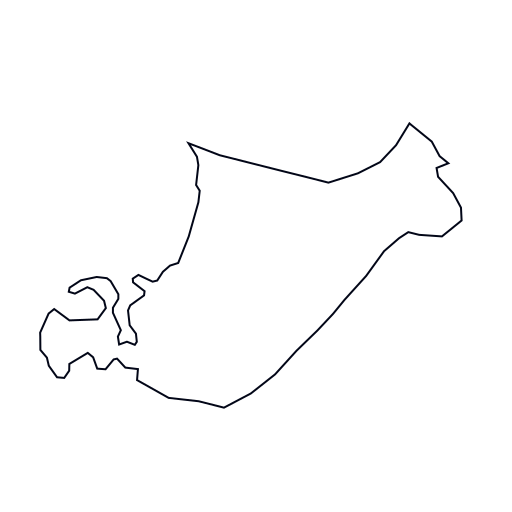 the district of Munchon City, Kangwŏn-do, North Korea, rotated 194°
{"feature_id": "82179303B61369301137013", "entity_name": "Munchon City", "entity_type": "district", "adm_level": 2, "iso_a3": "PRK", "parent_name": "North Korea", "parent_adm1": "Kangwŏn-do", "projection": "equal_earth", "projection_center": [127.347, 39.259], "detail": "fine", "context": "isolated", "style": "outline", "palette": "ink", "viewbox_px": 512, "rotation_deg": 194, "n_neighbors": 0, "source": "geoboundaries", "source_scale": "gbopen_adm2", "svg_char_len": 1342}
<svg xmlns="http://www.w3.org/2000/svg" viewBox="0 0 512 512"><g transform="rotate(194 256 256)"><path d="M91.8,392.5L102.0,397.3L113.1,409.5L137.0,420.7L139.2,421.8L146.9,397.4L158.3,377.1L177.1,360.9L203.5,344.7L225.9,344.8L252.1,344.8L285.7,344.9L315.6,345.0L348.8,349.1L337.3,338.0L333.9,330.2L331.3,310.4L326.4,305.7L324.9,294.2L326.0,258.6L329.8,230.4L337.1,225.9L342.5,218.2L345.9,208.3L350.1,206.1L357.3,207.5L365.5,209.2L370.1,204.2L368.9,200.7L355.6,194.9L355.1,190.7L366.1,177.7L367.0,172.2L361.8,158.2L353.7,151.6L350.9,143.9L352.1,140.5L360.5,141.6L367.4,137.0L370.5,144.4L369.2,151.3L381.1,166.3L382.3,171.2L379.2,181.1L380.3,185.6L391.0,196.5L395.3,198.4L405.5,197.1L420.0,190.1L429.2,180.2L429.0,176.0L422.6,175.7L412.1,184.9L405.4,183.9L392.6,175.8L389.1,169.1L394.4,156.2L421.4,148.4L439.0,155.7L443.3,150.0L446.9,129.4L445.8,125.5L442.5,112.7L434.3,106.8L430.5,99.4L419.7,90.2L412.6,91.3L409.5,99.5L411.0,106.1L395.8,121.3L389.5,118.3L382.8,108.3L374.6,109.7L369.1,121.2L366.0,122.8L355.8,116.1L343.2,117.7L341.4,106.8L306.4,97.2L276.5,101.2L250.4,101.1L227.8,121.3L208.9,145.7L193.7,174.0L178.5,198.4L167.2,218.6L159.5,234.9L144.3,263.3L132.9,291.7L121.5,307.9L114.0,316.0L102.8,316.0L80.3,320.0L65.1,340.2L68.8,352.5L79.9,364.7L98.5,376.9L102.1,385.1L91.8,392.5Z" fill="none" stroke="#020617" stroke-width="2"/></g></svg>